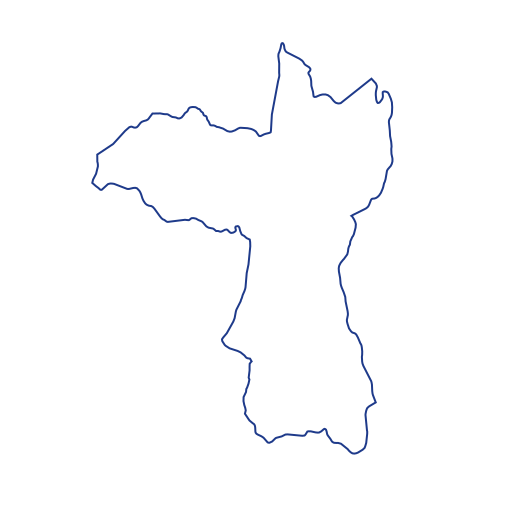 the border of Khon Kaen, rotated 353°
{"feature_id": "THA-438", "entity_name": "Khon Kaen", "entity_type": "Province", "adm_level": 1, "iso_a3": "THA", "parent_name": "Thailand", "parent_adm1": "", "projection": "equal_earth", "projection_center": [102.567, 16.348], "detail": "fine", "context": "isolated", "style": "outline", "palette": "blue", "viewbox_px": 512, "rotation_deg": 353, "n_neighbors": 0, "source": "natural_earth", "source_scale": "10m", "svg_char_len": 6120}
<svg xmlns="http://www.w3.org/2000/svg" viewBox="0 0 512 512"><g transform="rotate(353 256 256)"><path d="M152.3,113.9L153.5,113.6L154.6,112.8L157.6,109.8L159.1,108.9L160.9,108.4L163.6,108.0L165.2,107.4L166.4,106.4L167.1,105.6L170.6,102.0L178.3,102.8L182.1,104.0L185.3,104.5L185.9,104.8L188.7,107.0L189.9,107.8L193.3,108.7L195.3,109.9L196.9,110.1L198.0,109.8L199.1,109.4L201.5,107.2L202.1,106.4L202.7,105.8L203.4,105.2L204.7,104.6L205.4,104.0L206.0,103.4L206.8,102.0L207.7,101.0L208.5,100.6L209.7,100.4L211.4,100.4L214.0,100.9L215.1,101.6L216.4,102.8L217.8,103.4L218.2,103.9L218.9,105.4L219.3,106.0L220.3,106.9L220.8,107.5L221.1,109.2L221.4,109.9L222.0,110.4L223.3,111.0L223.7,111.5L224.0,112.3L224.1,114.0L224.3,114.8L225.4,116.8L226.4,120.1L227.0,120.7L228.0,121.0L229.9,121.2L231.5,122.0L232.7,123.0L235.3,123.8L235.8,124.1L238.8,125.5L242.7,128.5L245.1,129.4L247.1,129.5L250.5,128.7L254.0,127.2L255.7,126.8L256.6,126.9L263.1,128.1L266.4,129.2L267.8,129.9L269.2,130.8L270.5,131.9L271.1,132.5L273.5,137.0L274.3,137.4L275.3,137.5L278.6,136.3L280.4,135.9L283.9,135.5L285.1,135.2L285.6,135.0L286.1,133.5L289.0,117.5L299.2,85.3L300.7,81.3L301.0,80.4L301.2,79.3L301.3,76.9L302.5,67.8L302.5,60.5L302.7,59.3L302.9,58.3L303.3,57.5L304.2,56.0L305.7,52.7L306.9,49.0L307.4,48.2L308.0,47.9L308.7,48.2L309.3,49.6L309.5,51.0L309.5,53.5L309.7,54.5L310.3,56.2L310.8,57.0L311.9,57.9L322.9,65.3L325.3,67.4L325.8,68.0L326.6,69.3L327.4,71.2L327.9,71.9L328.7,72.7L331.6,75.0L332.4,76.1L332.8,77.1L332.6,78.0L332.2,78.7L330.9,79.8L330.4,80.4L330.3,81.2L330.5,82.0L331.6,84.4L332.0,86.5L332.1,88.9L331.7,93.6L331.8,94.7L332.6,100.0L332.6,103.6L332.7,104.7L333.6,105.3L335.1,105.3L339.1,104.1L341.6,103.8L344.6,104.1L346.9,105.1L349.3,107.3L352.0,111.6L353.1,112.9L353.7,113.5L354.4,113.9L355.9,114.5L356.8,114.7L358.7,114.6L392.2,94.1L396.0,99.4L396.7,102.0L396.5,103.4L395.2,107.0L394.8,108.7L394.5,110.9L394.4,115.6L394.8,117.7L395.4,118.9L396.1,119.0L396.8,118.9L397.6,118.5L399.3,116.8L400.4,115.6L400.8,114.8L401.2,113.9L401.4,113.0L401.5,111.9L401.6,109.7L401.8,108.8L402.4,108.4L403.4,108.3L404.7,108.6L406.6,109.6L407.5,111.2L409.0,116.4L409.6,120.1L409.3,125.0L408.4,130.4L407.8,132.4L407.0,134.0L406.0,135.4L405.0,136.6L404.5,137.8L404.2,139.4L404.1,147.7L403.7,153.3L404.1,159.2L404.0,162.0L403.9,163.9L403.3,166.3L402.9,171.2L403.3,175.7L403.2,177.0L402.9,178.9L401.9,181.3L400.4,183.4L399.7,183.9L397.3,186.1L396.4,187.4L394.0,195.4L393.2,197.3L392.5,198.7L392.0,199.3L390.7,203.0L389.9,204.7L387.7,208.5L385.6,210.9L383.9,212.2L382.3,213.0L380.6,213.4L378.9,213.3L378.1,213.4L377.4,213.9L376.9,214.5L374.5,219.0L373.3,220.6L372.1,221.5L370.7,222.3L357.4,227.0L355.6,227.8L356.3,228.5L357.8,231.7L358.7,234.5L359.0,236.6L358.3,240.0L355.8,246.3L354.6,248.2L354.1,248.6L353.6,249.3L351.4,253.0L350.6,256.1L350.2,256.8L349.7,257.4L349.1,258.5L348.5,260.0L347.8,262.9L346.8,265.5L342.8,269.8L342.2,270.2L339.3,273.0L338.3,274.4L337.4,275.8L337.0,276.9L336.6,278.4L336.4,281.6L336.8,287.9L336.6,293.9L336.8,295.8L337.3,298.1L338.6,302.6L339.6,307.5L339.4,312.1L340.2,321.9L340.2,324.2L340.0,325.8L338.4,330.5L338.3,332.2L338.6,334.6L339.5,339.2L341.1,342.3L342.3,343.7L344.1,344.5L344.8,344.9L345.9,346.1L347.2,349.3L349.0,355.6L349.5,356.5L349.8,357.9L349.9,359.8L349.8,363.7L349.3,367.1L348.8,369.0L348.5,373.7L348.6,375.7L349.2,378.2L355.1,394.3L355.3,395.8L355.4,397.9L354.9,404.2L354.9,406.7L355.1,408.2L357.0,415.9L350.2,418.9L349.2,419.5L347.8,420.6L347.2,421.6L346.4,423.3L345.5,426.1L345.3,427.1L344.9,442.6L345.0,443.8L344.7,446.0L342.6,455.0L341.3,458.0L340.4,459.7L338.2,461.3L333.1,463.6L331.4,464.0L329.5,464.1L327.9,463.7L327.2,463.3L326.0,462.3L324.4,460.4L323.5,458.9L317.5,452.7L316.3,452.2L314.6,451.5L313.2,451.4L310.7,450.9L309.6,450.2L308.8,449.4L307.5,446.5L305.6,443.2L305.2,442.4L304.9,441.4L304.7,438.8L304.3,436.9L303.6,436.2L302.8,435.9L302.1,436.2L299.4,438.0L297.1,438.9L295.6,438.8L293.5,438.3L289.0,436.7L286.9,436.4L285.6,436.5L283.5,439.1L282.9,439.7L282.3,440.1L280.1,440.1L265.6,436.9L263.4,436.8L259.5,438.2L254.3,438.9L253.5,439.1L252.8,439.5L249.4,442.1L246.6,443.0L245.6,442.8L244.8,442.4L241.5,437.5L240.5,436.5L239.1,435.4L236.2,433.6L234.8,432.5L234.1,431.3L234.0,430.2L234.3,426.4L234.3,425.4L234.2,424.3L233.9,423.3L233.5,422.6L232.3,421.5L229.5,418.5L228.7,417.0L225.8,411.2L227.0,408.0L226.8,405.4L226.2,402.4L225.9,398.5L226.5,394.5L229.5,389.8L230.2,386.8L231.1,385.6L233.0,381.8L234.4,377.8L233.9,375.9L235.7,368.7L236.1,365.3L236.6,362.2L238.1,360.6L238.8,360.1L237.6,357.2L235.0,356.4L234.4,356.0L233.8,355.5L232.4,353.3L229.0,349.8L226.2,348.0L218.5,344.4L214.9,341.4L214.1,340.4L212.2,336.5L212.1,335.3L212.1,334.5L213.5,332.9L217.6,329.1L225.5,318.3L227.2,315.1L229.3,308.5L230.0,306.9L235.3,299.0L235.6,298.1L236.9,295.8L238.0,293.2L240.2,289.5L241.3,287.2L241.8,285.7L244.7,271.8L247.5,263.5L251.5,245.7L251.9,241.5L251.8,238.9L249.0,237.2L248.4,236.6L246.8,234.7L244.7,233.2L244.3,232.6L243.9,231.2L243.4,229.4L242.9,225.7L242.3,224.6L241.6,224.1L239.5,224.3L239.1,224.8L238.9,225.5L239.2,227.4L239.1,228.2L238.8,228.7L237.6,229.5L236.2,230.0L234.6,230.1L233.9,230.0L233.2,229.5L232.5,228.8L231.1,226.9L230.4,226.3L229.8,226.1L228.3,226.2L225.5,227.3L224.1,227.6L223.4,227.5L221.5,226.6L219.4,226.3L217.3,224.0L216.6,223.5L212.4,222.1L211.8,221.7L210.4,220.6L209.8,219.8L207.2,215.9L206.6,215.3L205.9,214.8L203.1,213.2L201.0,211.6L198.7,210.8L197.0,210.6L196.2,210.8L194.5,211.9L193.9,212.2L193.3,212.2L189.9,211.4L172.6,211.4L171.7,211.1L170.8,210.4L169.5,209.1L168.1,208.3L166.9,207.1L165.6,205.1L160.9,196.6L159.6,194.8L158.2,193.7L155.8,193.0L154.1,192.0L153.3,191.3L152.4,190.2L151.1,187.6L150.3,185.1L149.5,180.8L148.9,178.7L148.2,177.1L146.6,174.9L146.0,174.2L144.4,173.6L142.5,173.5L138.0,174.0L136.3,173.7L123.9,167.1L122.1,166.6L120.2,166.3L118.4,166.5L117.7,166.7L111.1,171.4L110.3,171.5L109.4,171.1L107.9,169.3L105.7,167.2L102.4,163.5L103.6,160.3L107.3,154.9L110.0,147.8L110.2,146.0L110.2,144.3L110.0,143.1L110.8,136.0L127.9,127.4L141.3,115.9L146.0,112.7L147.7,112.4L148.4,112.5L150.7,113.7L152.3,113.9Z" fill="none" stroke="#1e3a8a" stroke-width="2"/></g></svg>